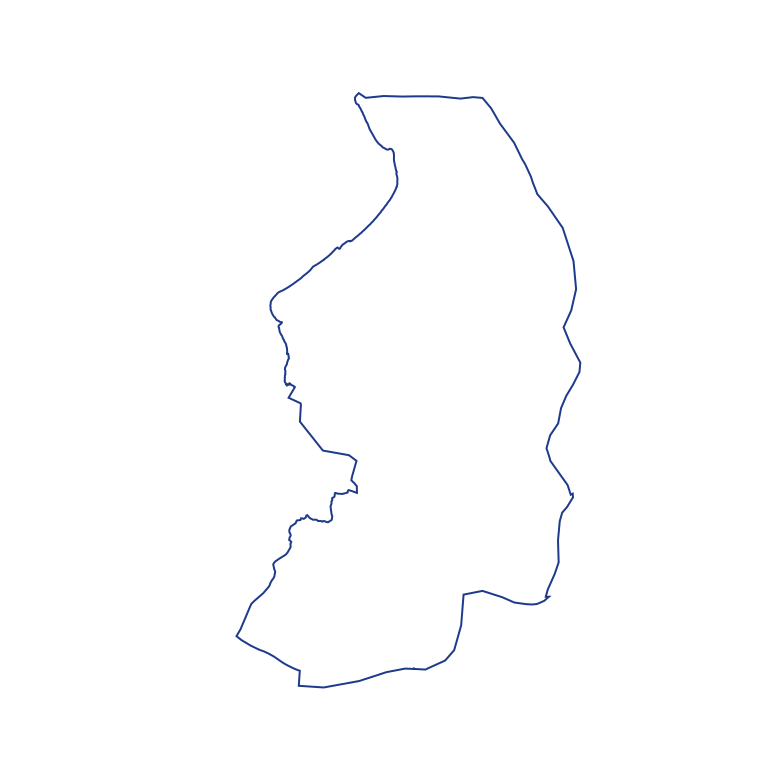 Penajam Paser Utara, Kalimantan Timur, Indonesia, rotated 162°
{"feature_id": "22746128B96540112180119", "entity_name": "Penajam Paser Utara", "entity_type": "district", "adm_level": 2, "iso_a3": "IDN", "parent_name": "Indonesia", "parent_adm1": "Kalimantan Timur", "projection": "mercator", "projection_center": [116.659, -1.202], "detail": "fine", "context": "isolated", "style": "outline", "palette": "blue", "viewbox_px": 768, "rotation_deg": 162, "n_neighbors": 0, "source": "geoboundaries", "source_scale": "gbopen_adm2", "svg_char_len": 6105}
<svg xmlns="http://www.w3.org/2000/svg" viewBox="0 0 768 768"><g transform="rotate(162 384 384)"><path d="M519.2,274.4L519.7,272.6L519.7,271.8L519.7,271.6L519.4,271.1L519.4,269.3L519.8,268.5L520.3,267.9L520.9,267.5L521.6,266.5L522.4,264.9L521.6,263.9L521.0,262.5L521.2,262.0L522.3,261.1L523.2,257.7L528.1,253.3L530.4,252.0L537.4,250.3L542.3,248.8L543.8,247.9L545.1,246.7L545.4,243.8L545.4,243.1L545.6,242.6L545.5,239.7L545.6,238.7L546.6,237.1L547.6,235.1L548.8,233.8L549.4,233.2L550.7,232.4L552.2,231.1L553.8,229.5L554.7,228.2L555.9,227.0L563.4,222.4L574.7,217.6L577.9,216.0L580.1,213.7L596.4,194.9L599.5,192.2L602.2,189.7L598.6,184.4L597.5,183.1L593.7,178.8L592.0,176.8L589.8,174.6L584.4,169.5L581.2,167.1L577.4,163.6L572.8,158.7L567.5,151.7L565.3,149.0L562.7,146.2L560.7,144.2L559.5,143.1L558.2,141.8L555.2,139.2L552.7,137.3L558.3,123.3L535.1,114.0L499.4,109.2L470.8,109.2L451.8,106.8L442.7,103.4L442.7,103.5L442.6,103.4L432.8,99.6L430.0,100.0L411.3,102.1L399.5,109.2L385.2,130.6L373.4,159.1L354.3,156.8L337.7,144.9L327.6,135.9L316.6,130.6L312.0,128.8L309.9,128.2L306.4,127.5L304.1,127.7L298.5,128.3L297.3,128.8L295.7,129.6L292.9,130.7L295.9,131.7L291.7,138.0L280.5,150.4L273.0,160.4L266.8,181.6L259.3,199.1L254.3,206.6L248.1,210.3L239.3,217.8L238.4,221.4L240.6,221.0L240.6,231.1L249.6,259.6L249.4,260.8L249.3,264.2L249.3,272.7L241.8,283.9L230.6,292.6L223.1,306.3L214.4,316.3L204.4,325.0L194.4,335.0L190.7,343.7L194.4,364.9L195.7,382.4L183.2,396.1L172.0,414.8L165.8,442.3L165.8,477.2L173.2,502.1L179.5,517.1L180.2,529.5L180.2,535.8L181.8,549.3L183.2,555.3L185.7,573.2L193.2,595.7L196.9,613.1L201.9,625.6L210.6,629.3L223.1,631.8L243.1,640.6L261.8,646.8L278.0,651.8L295.4,658.0L312.9,661.8L318.1,668.4L320.1,667.4L322.1,666.3L322.6,665.8L323.2,665.0L323.6,663.6L323.8,662.7L323.8,659.9L323.2,658.5L322.5,657.8L322.1,657.5L321.9,657.0L321.8,655.0L321.6,654.7L321.1,652.5L321.1,652.0L320.9,650.9L320.9,650.3L320.7,649.4L320.5,648.7L320.5,647.0L320.1,645.0L320.0,643.4L320.0,641.8L319.8,639.3L319.2,637.2L319.1,636.4L318.9,630.9L316.5,618.9L315.4,615.6L314.7,614.1L312.8,611.1L312.0,609.3L311.1,608.6L309.2,606.4L308.6,606.0L307.8,605.7L307.1,605.6L306.4,605.7L306.1,606.0L304.7,605.4L304.1,604.8L303.7,603.7L303.4,602.3L303.3,601.0L303.5,600.1L303.7,598.9L304.6,596.1L305.1,594.8L305.5,593.0L306.1,587.8L306.1,587.2L306.5,583.9L306.5,582.7L306.2,582.1L306.2,581.9L306.3,581.6L306.8,581.2L307.1,580.7L307.4,578.7L307.4,577.7L307.6,575.8L308.1,574.2L308.7,572.7L309.1,571.3L309.8,569.4L311.0,567.9L311.0,567.4L311.4,567.2L312.0,566.5L313.6,564.5L313.8,564.4L314.1,564.1L314.3,564.0L315.0,563.2L319.4,559.0L320.2,558.5L321.0,557.6L324.7,555.1L326.2,553.8L326.8,553.4L327.3,553.3L328.6,552.3L330.3,551.0L331.3,550.3L332.6,549.7L333.0,549.3L333.0,549.2L334.5,548.1L335.1,547.8L338.1,545.9L338.7,545.4L342.9,543.0L343.5,542.5L345.9,541.3L348.1,540.0L348.8,539.8L349.8,539.3L354.5,536.9L358.1,535.3L358.9,534.8L361.3,534.0L362.1,533.5L363.6,532.9L364.7,532.6L364.9,532.4L366.3,532.0L366.7,531.7L367.5,531.5L368.0,531.1L370.4,530.2L371.0,530.3L371.4,530.1L372.0,530.1L372.1,530.5L372.4,530.7L373.6,530.9L374.8,530.9L375.6,530.8L378.6,529.7L380.2,529.4L380.6,529.2L380.8,528.9L380.9,528.7L381.7,528.4L382.4,527.9L383.2,527.3L383.7,526.6L384.2,526.4L384.7,526.4L385.0,526.5L385.2,527.0L385.9,528.1L386.1,528.2L386.6,528.1L387.6,527.7L388.4,527.5L389.3,527.0L389.6,526.7L395.1,523.8L398.2,522.5L403.0,520.8L403.2,520.7L403.3,520.4L404.1,520.5L405.7,519.9L408.6,519.0L411.9,518.2L415.0,517.6L415.7,517.2L418.9,515.1L421.4,513.9L424.2,512.8L427.3,511.7L430.3,510.3L432.0,509.7L436.0,508.4L440.3,507.0L445.3,505.6L450.8,504.4L455.2,503.9L457.1,503.4L458.9,502.2L460.0,501.7L460.7,501.2L462.4,500.3L464.7,498.6L466.2,497.2L467.4,494.5L467.9,493.7L468.1,492.2L468.2,491.7L468.5,491.1L468.8,489.9L468.7,486.2L468.5,484.7L467.9,482.2L467.7,481.7L467.3,481.3L466.4,478.1L464.5,476.3L464.2,475.8L463.8,475.2L462.8,474.6L462.2,474.5L462.1,474.1L462.6,473.6L463.3,473.2L464.4,472.7L465.9,472.2L466.2,471.9L466.5,471.4L466.6,470.9L466.6,470.3L466.4,469.9L466.7,468.9L466.8,467.4L467.0,466.5L467.0,464.9L466.7,463.6L466.5,462.3L466.2,461.6L466.1,461.2L466.1,459.7L466.0,458.0L465.6,456.9L465.6,455.5L465.3,454.3L465.1,453.6L464.9,452.3L464.9,451.6L465.1,451.0L465.2,450.5L465.0,449.6L465.1,449.3L465.3,448.7L465.2,448.2L465.3,447.7L465.6,446.7L466.0,444.8L466.6,443.7L466.9,442.5L466.8,442.4L466.6,442.4L466.3,442.6L466.1,442.6L465.8,442.4L465.8,441.8L466.1,440.2L466.3,439.0L466.6,437.6L466.9,437.3L467.4,437.1L467.6,436.8L469.5,434.3L470.5,432.5L471.5,431.8L473.2,429.8L473.5,429.1L473.7,428.5L473.7,427.6L473.9,426.4L474.5,425.2L474.5,424.5L474.7,424.0L474.9,423.9L474.9,423.5L475.0,423.3L475.5,422.9L476.1,421.4L477.2,418.2L477.5,417.8L477.7,416.9L477.6,416.3L477.2,415.5L477.2,414.8L477.3,414.3L477.4,414.0L476.9,413.6L476.9,412.7L476.5,412.2L476.4,411.7L476.4,411.8L476.4,412.3L476.7,412.7L476.8,412.9L476.7,413.4L476.4,413.4L475.8,413.7L475.4,413.6L475.0,413.4L475.0,413.0L474.8,412.9L473.8,413.9L473.7,413.9L473.7,413.7L474.1,413.3L473.8,413.2L474.1,413.0L474.1,412.7L473.5,412.7L473.3,412.6L470.4,409.8L470.3,409.6L470.4,409.4L469.7,408.6L479.0,400.4L469.4,391.5L469.3,390.3L475.6,374.2L464.7,345.0L462.7,339.6L454.5,335.2L439.3,327.1L433.9,319.4L442.5,306.6L443.0,305.8L444.8,302.6L443.9,300.7L442.7,298.7L442.2,296.9L441.4,295.3L443.4,288.8L448.3,292.6L450.4,294.0L450.6,293.9L451.1,293.8L451.5,293.3L452.2,292.0L457.5,292.3L458.8,292.8L459.2,292.9L461.8,294.0L462.8,294.6L463.3,295.1L463.9,295.4L464.5,295.3L464.9,294.5L465.0,293.9L466.1,292.0L468.6,291.5L468.9,290.5L469.0,289.6L469.6,289.0L470.4,288.3L470.9,286.4L471.4,285.9L471.5,285.6L472.1,284.9L472.5,284.4L472.8,283.6L473.9,277.5L474.1,276.1L474.1,274.1L475.4,271.5L475.6,271.2L476.2,270.7L477.6,270.5L479.7,269.8L480.5,270.0L480.8,270.3L481.3,270.6L482.9,271.8L483.6,272.3L484.8,272.4L485.4,272.2L486.4,273.3L489.1,274.1L489.9,275.5L490.9,276.1L493.4,276.8L496.1,279.5L497.4,282.9L498.5,282.9L499.6,281.3L502.0,280.5L503.5,281.6L504.4,281.9L505.4,280.5L509.2,281.1L511.1,278.9L516.7,277.3L519.2,274.4Z" fill="none" stroke="#1e3a8a" stroke-width="2"/></g></svg>